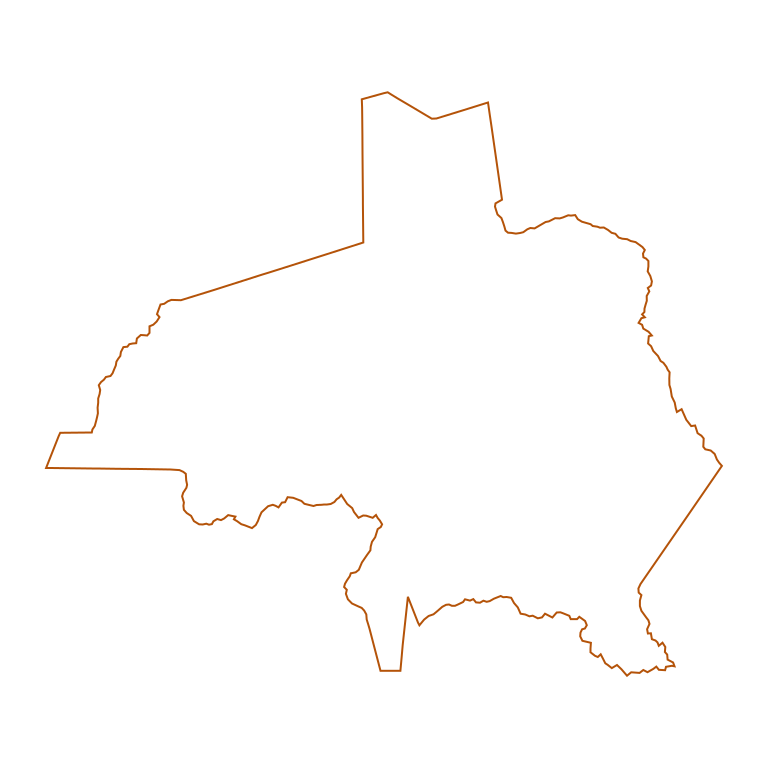 Ouricuri, Pernambuco, Brazil (Robinson projection)
{"feature_id": "56859067B94124885213044", "entity_name": "Ouricuri", "entity_type": "district", "adm_level": 2, "iso_a3": "BRA", "parent_name": "Brazil", "parent_adm1": "Pernambuco", "projection": "robinson", "projection_center": [-40.162, -7.951], "detail": "fine", "context": "isolated", "style": "outline", "palette": "amber", "viewbox_px": 768, "rotation_deg": 0, "n_neighbors": 0, "source": "geoboundaries", "source_scale": "gbopen_adm2", "svg_char_len": 4616}
<svg xmlns="http://www.w3.org/2000/svg" viewBox="0 0 768 768"><path d="M46.1,468.0L50.8,468.0L91.7,468.5L96.0,468.5L117.1,468.8L140.9,469.0L170.5,469.5L179.5,470.1L183.2,471.8L185.8,473.8L186.2,480.3L187.1,484.8L186.4,487.8L183.2,492.7L182.1,496.3L183.9,502.5L183.4,505.8L183.9,509.8L186.7,513.0L191.1,515.9L193.9,521.1L199.1,524.3L202.7,524.5L206.3,523.7L209.0,524.7L211.9,524.1L213.4,521.3L217.2,519.0L221.0,520.1L224.1,518.5L228.2,515.1L231.4,515.8L235.4,516.6L233.9,519.3L237.0,521.1L241.3,524.2L244.8,525.3L252.0,528.1L255.8,525.0L257.9,521.1L259.5,516.8L261.5,512.3L268.1,506.2L272.8,504.8L275.6,505.8L278.5,507.4L281.9,502.6L285.1,502.2L287.6,497.2L293.2,497.8L301.5,501.0L304.4,503.8L309.3,505.0L313.5,506.0L316.6,505.0L321.5,504.8L324.3,504.5L327.1,504.5L330.7,504.0L334.4,502.0L336.6,499.3L339.1,497.6L341.2,494.9L347.2,504.0L352.2,508.1L354.0,512.0L358.5,517.8L363.2,515.5L366.2,515.7L372.7,517.8L376.0,515.0L377.7,518.0L379.8,520.5L382.1,524.3L380.8,527.0L377.7,529.1L375.2,537.2L372.0,541.8L370.7,546.6L370.4,550.3L367.0,555.0L361.9,562.5L358.8,569.8L355.7,572.3L350.8,573.3L349.8,576.2L347.0,580.3L345.0,583.7L344.1,587.0L346.8,589.8L345.9,593.8L347.9,599.3L352.0,603.5L358.5,606.5L361.7,607.9L364.2,610.6L366.3,614.4L366.7,619.5L368.2,624.3L369.5,628.7L370.5,632.5L373.7,644.8L380.5,670.8L400.4,670.8L401.6,657.6L402.7,645.0L407.9,596.8L418.0,622.6L419.4,625.3L424.1,619.6L428.6,616.0L433.5,614.3L436.3,612.0L442.3,606.8L446.1,604.8L449.0,604.5L451.9,605.8L455.0,605.8L457.7,604.6L463.1,602.0L465.0,599.3L470.0,600.6L473.3,599.1L476.0,602.4L480.0,602.7L483.4,600.7L486.7,601.8L489.7,601.1L493.9,598.7L500.7,596.0L503.2,597.2L506.7,597.0L511.2,597.8L514.0,603.0L517.8,607.4L520.6,613.7L525.3,614.5L529.4,616.3L532.7,615.7L537.8,618.3L542.0,617.4L545.0,613.7L552.4,617.5L556.7,612.5L560.4,612.3L563.1,613.3L569.3,615.8L570.7,619.1L577.1,619.1L579.3,616.8L585.1,621.0L586.8,625.2L584.9,628.5L582.1,629.3L580.5,632.6L580.2,636.3L582.4,640.8L590.9,642.8L590.5,648.5L590.5,652.3L595.0,655.8L597.8,657.0L600.7,654.3L603.0,658.7L605.3,663.3L607.6,664.8L611.8,668.1L617.0,665.0L621.4,669.2L627.0,675.7L631.2,672.3L639.6,672.9L643.3,670.0L647.5,672.2L653.3,668.9L656.3,666.6L658.9,669.8L665.1,670.2L666.0,666.8L671.9,665.8L674.5,666.3L673.1,662.5L667.6,659.6L667.2,654.6L664.9,652.0L665.3,647.0L662.5,642.7L658.8,645.8L657.5,642.4L655.5,640.5L651.9,639.2L650.9,633.3L647.9,633.5L647.1,629.2L649.5,623.9L648.4,620.3L646.1,617.3L641.4,610.8L639.9,606.1L639.9,600.5L641.4,595.1L638.7,592.6L638.4,588.5L640.5,584.0L687.8,515.5L721.9,465.9L719.2,462.8L716.9,459.5L714.7,454.0L710.7,450.5L705.3,449.3L703.3,446.8L703.7,438.5L701.5,435.8L697.6,433.2L695.1,425.5L691.2,426.1L686.3,419.8L681.6,409.2L676.9,412.0L675.8,408.3L674.7,402.5L671.8,396.5L670.6,389.0L669.4,385.0L669.3,378.3L669.6,372.3L667.7,369.7L666.4,366.8L663.4,362.8L660.6,361.0L658.0,356.0L653.3,351.0L651.1,346.2L648.1,343.5L648.8,336.2L651.8,335.5L648.6,331.8L643.3,328.6L642.1,324.8L638.6,322.9L641.4,318.2L644.8,317.3L642.1,314.4L644.4,312.0L644.5,308.6L645.7,304.3L646.8,300.8L646.7,296.0L649.3,291.4L647.8,288.0L651.1,285.5L651.9,281.4L650.3,276.0L647.7,271.4L648.4,266.5L648.4,261.0L646.1,258.6L643.4,257.3L643.0,253.6L644.8,250.0L642.5,247.1L635.6,242.1L630.7,241.0L627.2,239.2L622.2,238.7L618.6,237.5L615.4,233.8L611.6,232.8L608.1,230.0L603.8,227.5L600.0,227.7L597.4,226.7L592.7,226.0L590.6,224.2L581.9,221.7L577.8,219.2L575.2,215.1L571.0,215.6L568.2,215.3L562.8,217.5L559.7,218.4L555.1,218.2L548.8,221.4L545.6,222.0L534.6,228.4L530.3,228.0L527.3,229.3L523.3,232.2L520.1,233.0L515.9,233.6L511.4,232.9L508.0,232.7L505.5,230.6L504.3,226.3L502.9,222.0L501.4,218.0L497.5,214.5L496.0,209.9L495.0,206.6L495.5,203.4L502.0,199.7L495.7,155.7L491.6,127.2L489.7,114.3L488.0,102.5L462.4,110.5L436.4,118.5L431.8,118.7L420.4,111.9L409.3,105.3L397.4,98.3L390.9,94.3L387.7,92.3L383.8,93.2L361.8,99.3L362.1,107.3L362.2,114.7L362.4,135.3L362.5,152.8L362.9,198.8L362.9,204.0L363.3,242.5L325.8,254.5L279.2,269.3L267.8,272.9L262.5,274.5L214.5,289.8L184.8,299.0L180.9,300.2L171.4,299.9L167.8,301.3L164.2,303.8L160.5,304.5L158.0,311.3L157.0,314.2L159.5,317.1L156.7,321.5L153.3,324.7L149.5,326.3L149.5,332.9L147.2,335.5L143.9,335.2L140.8,335.0L136.9,338.5L136.2,343.2L132.6,343.5L129.3,344.2L127.4,346.7L123.4,347.1L120.9,352.0L120.3,356.0L118.3,358.6L116.4,361.7L115.8,365.5L114.0,369.7L112.6,373.2L110.5,376.0L105.9,377.0L103.9,379.7L101.0,382.1L98.8,385.2L100.2,390.0L99.6,394.0L98.2,398.5L98.2,402.8L97.6,407.7L97.9,413.3L97.1,417.0L96.2,420.7L94.8,425.9L92.4,429.5L91.8,432.5L60.2,432.8L58.6,436.3L46.1,468.0Z" fill="none" stroke="#b45309" stroke-width="2"/></svg>